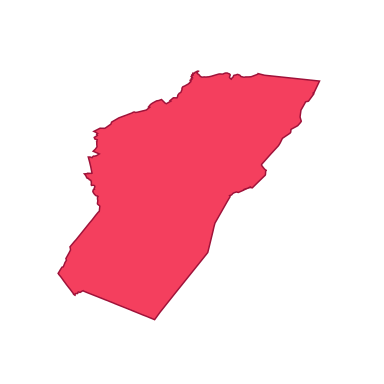 outline of Litenes pag., Gulbene, Latvia, rotated 348°
{"feature_id": "27541924B1049309214592", "entity_name": "Litenes pag.", "entity_type": "district", "adm_level": 2, "iso_a3": "LVA", "parent_name": "Latvia", "parent_adm1": "Gulbene", "projection": "natural_earth1", "projection_center": [27.027, 57.173], "detail": "fine", "context": "isolated", "style": "filled", "palette": "rose", "viewbox_px": 384, "rotation_deg": 348, "n_neighbors": 0, "source": "geoboundaries", "source_scale": "gbopen_adm2", "svg_char_len": 5454}
<svg xmlns="http://www.w3.org/2000/svg" viewBox="0 0 384 384"><g transform="rotate(348 192 192)"><path d="M216.5,77.2L216.1,77.5L216.2,77.9L216.1,78.2L216.3,78.3L215.8,78.4L215.5,78.6L215.3,78.7L215.4,78.8L215.6,79.0L215.6,79.4L215.6,79.9L216.0,79.9L216.1,80.1L216.2,80.3L215.7,80.3L215.3,80.4L215.0,80.5L214.9,80.7L215.1,80.8L215.3,81.3L215.3,81.5L215.2,81.7L215.2,81.8L214.8,81.8L214.5,82.1L214.3,82.2L214.1,82.0L213.8,82.1L213.5,82.2L213.4,82.3L213.6,82.5L214.0,82.7L214.1,82.9L213.8,83.2L213.9,83.5L213.6,83.9L213.5,84.1L213.4,84.2L213.1,84.1L212.7,84.2L212.3,84.5L212.1,85.1L211.2,85.3L210.8,85.6L209.7,85.9L209.4,86.0L206.5,86.9L205.5,87.0L204.9,87.2L204.7,87.3L203.9,88.2L203.7,88.5L203.7,89.2L203.4,89.8L202.0,92.0L201.3,92.4L200.0,92.8L198.2,94.4L198.1,94.6L197.7,95.9L197.0,96.4L196.9,96.7L195.8,96.6L194.9,96.3L193.3,96.0L189.5,98.0L190.2,98.7L185.3,100.3L184.3,99.6L181.4,95.2L178.5,95.6L176.3,95.5L171.9,96.8L169.6,97.8L167.2,99.7L168.2,100.3L164.4,102.3L164.0,102.3L162.1,102.4L161.4,102.4L155.2,102.6L153.6,102.5L153.4,102.5L152.3,101.8L151.8,101.7L150.5,101.9L149.8,102.2L135.8,104.3L127.9,106.9L126.8,108.7L126.7,108.8L120.3,111.5L119.6,111.5L115.3,110.5L108.6,112.3L110.3,113.6L110.7,114.0L111.5,114.9L111.8,115.1L110.7,115.8L111.2,117.0L107.7,118.3L108.0,120.0L110.1,121.2L109.9,121.4L109.6,122.6L109.2,123.0L109.3,123.1L108.8,125.4L108.5,128.0L107.3,129.2L106.2,130.1L103.8,131.6L109.2,135.5L106.2,136.6L104.1,136.7L103.0,136.4L102.2,136.9L101.4,137.6L99.6,136.6L97.8,136.2L98.0,139.7L98.1,141.8L98.2,146.6L98.1,152.8L97.7,152.9L94.2,152.1L94.3,152.4L90.5,151.9L91.2,153.2L91.7,154.6L91.9,155.2L91.8,155.3L92.0,155.8L92.1,156.1L92.2,156.5L92.3,156.7L92.6,156.9L93.2,157.0L93.3,157.3L93.5,157.4L93.7,157.6L93.8,157.7L94.0,158.4L94.1,158.6L94.4,158.8L94.8,159.1L95.3,159.3L95.4,159.7L95.4,159.8L95.5,160.0L95.5,160.3L95.7,160.8L95.5,161.2L95.5,162.0L95.3,162.9L95.0,163.8L94.9,164.0L95.1,164.7L96.6,164.8L97.5,165.2L97.7,165.4L98.1,166.0L98.1,166.4L98.0,166.6L97.9,167.0L97.4,167.7L97.0,168.0L96.9,168.3L96.9,168.5L97.1,168.7L97.1,169.1L96.6,169.0L96.2,169.2L95.7,169.5L95.5,169.9L95.4,170.4L95.1,170.9L95.2,171.5L95.3,171.8L95.5,172.5L96.2,174.1L96.7,174.8L97.3,175.6L97.7,175.9L98.8,176.3L99.0,176.5L99.2,176.8L99.1,177.0L98.6,177.5L98.4,177.8L98.1,179.2L98.1,180.1L98.1,180.8L97.8,181.5L97.7,182.2L97.2,183.1L97.1,183.6L97.1,184.1L97.3,184.4L97.7,185.0L98.5,185.9L98.9,186.7L97.3,191.6L95.9,192.4L93.0,194.7L91.7,195.8L88.3,198.7L85.8,200.6L68.4,214.8L66.8,215.9L61.2,220.3L61.3,221.2L61.2,222.6L61.1,223.5L58.9,226.2L54.8,230.9L55.0,232.6L53.1,234.6L50.6,238.4L49.2,238.5L47.1,240.6L44.9,243.0L44.6,243.8L44.2,243.8L44.6,245.0L46.0,247.6L46.9,249.6L48.1,252.4L49.4,255.2L49.9,256.4L52.0,260.7L52.1,260.8L54.8,266.6L54.7,266.6L54.9,267.4L56.1,268.7L56.3,268.5L56.3,267.8L56.5,267.5L56.7,267.3L57.1,267.2L57.5,267.1L58.2,267.4L58.6,267.5L58.9,267.5L59.2,267.3L59.3,267.2L59.4,266.7L59.7,266.3L59.8,266.2L60.1,266.2L60.5,266.3L61.2,266.8L61.7,266.9L62.7,266.6L63.6,266.3L64.2,266.0L65.0,265.9L65.1,266.2L67.8,268.1L83.3,278.4L84.9,279.5L85.1,279.6L92.9,284.8L93.1,285.0L97.9,288.2L115.7,300.2L118.3,302.0L120.8,303.6L128.9,309.1L135.8,302.9L154.1,287.8L186.3,261.5L194.8,254.5L196.2,251.7L204.6,234.2L206.0,231.1L208.0,227.2L224.5,208.6L228.2,204.6L228.3,204.1L228.0,203.3L230.1,203.1L231.4,202.1L232.2,201.7L233.1,201.5L235.4,201.2L237.2,202.1L243.0,200.9L242.9,200.6L243.7,200.2L244.5,200.5L244.8,200.4L245.0,200.0L245.4,200.1L245.8,200.3L246.2,200.1L246.5,199.9L246.8,199.9L247.3,200.0L247.7,200.0L247.8,199.9L247.9,199.7L248.2,199.5L248.8,199.6L249.0,199.7L249.4,199.9L249.7,199.9L250.0,199.6L250.1,199.2L251.4,200.4L251.8,200.5L259.3,195.7L267.1,190.8L267.5,190.1L268.3,187.3L268.8,186.4L269.1,186.3L269.1,186.2L268.3,185.5L267.5,184.3L266.1,181.5L265.6,180.2L265.7,179.8L266.3,179.1L277.3,171.0L286.2,164.7L288.4,162.4L291.6,158.3L291.9,158.2L295.3,156.8L298.3,155.6L299.7,155.0L300.2,154.8L301.0,154.0L301.7,151.8L301.7,151.5L302.2,151.2L308.3,149.4L309.2,149.1L311.5,147.4L312.7,146.5L313.6,145.5L313.6,145.2L313.5,144.3L313.3,141.4L313.3,141.1L313.6,140.2L315.6,134.6L321.0,128.5L321.7,127.6L321.9,127.5L322.2,127.4L324.6,127.4L325.0,127.2L331.2,121.7L330.9,121.3L330.9,121.1L331.0,121.0L331.7,120.9L331.8,120.8L331.8,120.7L331.4,120.5L331.3,120.2L331.8,120.0L332.1,120.1L339.8,110.0L287.3,92.9L281.2,89.9L281.0,90.3L280.6,90.5L274.2,91.5L273.5,91.5L271.8,91.3L268.2,90.6L266.9,90.6L266.5,90.5L265.5,90.0L264.6,89.5L264.2,89.4L263.7,89.1L263.6,88.7L263.2,87.9L262.9,87.6L262.5,87.3L261.8,87.0L261.3,86.5L260.7,86.4L260.0,86.5L259.7,86.6L258.4,86.6L257.3,86.6L257.1,86.7L256.9,87.0L256.2,87.8L256.1,88.0L255.9,88.3L254.8,88.8L254.3,89.3L253.9,89.8L253.4,89.3L252.9,88.6L252.6,87.8L252.5,87.5L252.7,87.1L252.8,86.9L253.5,86.0L253.6,85.4L253.7,85.2L253.4,84.6L253.1,84.2L252.3,83.8L251.5,83.1L251.0,82.9L250.6,82.8L249.5,82.6L248.2,82.7L247.1,83.0L246.5,83.0L245.5,82.8L243.8,82.3L242.6,82.2L238.4,82.5L234.8,82.8L232.1,82.8L230.9,82.6L229.6,82.5L228.3,82.1L227.2,81.9L225.9,81.8L225.3,81.5L225.0,81.3L224.5,80.9L224.0,80.3L223.4,79.0L222.5,77.9L222.0,77.4L221.8,77.1L221.7,76.8L221.7,76.6L222.1,76.0L222.7,75.6L223.4,75.2L223.1,75.0L222.8,74.9L222.2,75.1L221.6,75.1L221.2,75.5L220.2,75.4L220.0,75.5L219.6,75.8L219.2,76.2L219.1,76.3L218.8,76.2L218.4,76.1L217.6,75.9L217.4,76.2L217.5,76.5L217.4,76.6L217.4,76.8L217.5,77.1L217.1,77.2L216.9,77.2L216.7,77.2L216.5,77.2Z" fill="#f43f5e" stroke="#9f1239" stroke-width="1.5"/></g></svg>